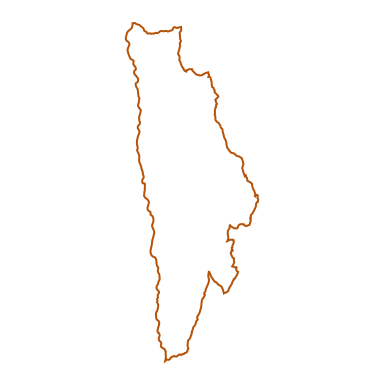 Boavita, Boyacá, Colombia (Natural Earth projection)
{"feature_id": "7082276B25149264338042", "entity_name": "Boavita", "entity_type": "district", "adm_level": 2, "iso_a3": "COL", "parent_name": "Colombia", "parent_adm1": "Boyacá", "projection": "natural_earth1", "projection_center": [-72.616, 6.332], "detail": "fine", "context": "isolated", "style": "outline", "palette": "amber", "viewbox_px": 384, "rotation_deg": 0, "n_neighbors": 0, "source": "geoboundaries", "source_scale": "gbopen_adm2", "svg_char_len": 5991}
<svg xmlns="http://www.w3.org/2000/svg" viewBox="0 0 384 384"><path d="M243.3,163.3L242.0,158.4L239.4,156.6L236.6,155.9L234.2,153.5L231.4,152.8L230.2,151.9L229.8,151.1L229.0,150.4L228.4,149.1L227.4,148.0L226.5,144.7L226.4,143.0L226.0,141.3L224.9,138.6L224.0,137.2L223.7,135.0L222.8,132.4L222.5,129.5L222.3,129.1L221.0,127.8L220.7,127.3L220.3,125.4L219.4,124.3L219.0,123.3L218.4,122.7L216.9,121.9L215.5,120.0L215.3,116.2L214.6,114.4L215.1,112.7L214.8,110.8L215.5,107.7L216.1,106.8L216.0,105.2L217.0,103.9L216.1,102.4L215.9,101.2L215.3,100.0L215.9,99.1L217.8,97.4L218.3,96.8L218.4,96.5L218.0,95.7L214.6,92.2L214.7,90.3L214.1,89.5L213.5,87.8L212.2,87.1L211.7,84.8L211.8,83.8L211.5,81.5L210.4,77.5L210.1,77.0L209.5,76.7L208.4,76.9L209.0,74.7L208.3,73.0L208.2,72.3L206.4,72.8L203.8,73.9L202.8,74.8L201.1,75.4L199.8,75.5L198.3,74.9L197.0,74.8L195.9,74.1L192.4,70.6L192.1,69.2L189.0,69.2L187.4,70.2L186.6,70.1L186.3,71.5L185.7,71.1L184.8,70.9L184.4,70.2L183.7,69.7L183.4,68.1L182.5,67.5L180.8,63.8L180.7,62.7L179.3,60.0L179.6,57.8L179.5,56.4L179.0,55.1L178.2,54.5L178.1,53.6L178.6,51.3L179.4,49.2L180.1,45.3L179.8,43.1L180.9,41.3L180.9,40.6L180.1,39.0L179.7,32.6L179.9,32.1L180.7,31.3L181.2,30.1L181.1,27.0L179.3,27.3L177.1,28.0L176.1,27.8L174.7,27.1L173.9,27.3L173.3,27.9L172.7,29.7L171.4,30.5L169.5,30.9L168.6,31.4L167.8,31.5L166.5,30.9L163.3,31.3L161.2,30.9L160.2,31.3L157.9,33.0L157.3,33.1L155.8,32.8L153.5,33.7L152.5,33.5L151.4,33.8L150.0,33.3L148.2,33.5L147.7,33.5L147.1,33.2L146.5,32.0L144.4,30.9L143.4,28.3L139.4,25.0L135.9,23.9L135.3,23.2L134.5,23.0L132.6,23.2L132.6,25.0L131.5,28.4L128.3,31.0L127.0,32.8L125.9,37.4L125.8,39.2L126.5,40.6L128.2,41.8L129.3,43.3L129.4,44.4L129.3,45.0L128.2,47.5L127.5,49.9L128.0,52.3L129.2,56.0L130.5,58.7L131.5,59.5L133.2,60.3L133.6,60.8L133.7,61.3L133.3,63.4L133.4,64.3L134.1,65.6L135.3,66.9L135.8,68.1L135.9,69.0L135.8,69.4L134.8,70.4L134.1,71.7L134.1,73.2L135.2,75.1L136.2,75.9L137.7,78.1L138.2,79.2L137.9,81.5L137.4,82.2L135.8,83.3L135.6,84.5L136.3,87.0L137.2,88.3L137.7,89.3L138.5,96.4L139.4,98.4L138.7,102.8L138.1,104.5L138.1,105.9L138.3,106.5L139.0,107.4L139.3,108.3L140.7,109.8L140.8,110.5L140.2,113.6L139.1,117.0L139.3,120.7L139.9,122.0L139.9,123.5L139.6,124.2L138.1,125.8L137.7,127.2L137.8,128.2L139.2,130.5L139.5,131.5L139.4,132.4L137.7,137.3L136.9,141.1L136.9,144.3L137.5,146.6L137.7,148.8L137.1,150.0L137.1,150.6L138.9,154.4L139.3,156.3L139.1,160.4L139.3,161.9L141.2,166.6L141.6,169.3L142.7,171.8L142.9,174.3L143.7,176.2L143.6,177.6L142.3,180.0L142.2,181.8L142.6,183.1L143.2,183.4L144.4,183.4L144.9,184.0L144.8,189.6L144.3,192.9L144.1,196.1L145.1,197.6L147.7,199.7L148.4,200.7L148.9,202.3L148.9,203.1L147.5,207.6L147.6,209.4L148.2,210.5L150.3,211.9L150.6,212.7L150.6,214.8L152.4,216.0L153.0,217.2L153.4,218.8L153.5,220.4L153.4,221.3L152.1,225.3L152.1,226.3L154.0,230.9L154.3,232.7L153.1,237.8L152.4,239.8L151.8,244.6L150.6,250.0L150.5,252.0L151.0,254.3L152.2,256.0L153.1,256.7L155.0,257.4L155.9,258.9L156.5,261.5L156.5,263.5L157.0,265.8L158.3,267.5L158.3,268.0L157.9,269.8L157.8,271.4L158.4,272.9L159.2,274.1L159.5,276.3L159.7,278.9L159.5,279.8L158.5,281.8L158.0,284.1L156.7,286.1L156.5,287.3L156.7,289.0L158.9,291.5L159.0,292.6L158.7,293.5L157.8,294.7L157.7,295.4L158.0,297.3L157.9,297.8L157.1,298.6L157.5,300.8L157.1,301.4L157.1,302.3L158.2,304.8L158.1,307.1L157.3,310.6L156.1,312.7L155.9,314.3L156.3,318.7L156.9,319.6L158.7,321.1L159.2,322.5L159.2,323.9L158.9,325.3L158.1,327.8L157.5,330.8L157.8,332.4L158.2,332.8L158.9,333.0L159.5,334.4L159.6,335.6L159.3,336.8L158.8,338.1L158.8,339.6L159.2,340.6L161.0,342.3L161.3,344.0L160.8,346.0L161.2,346.9L162.7,348.1L164.4,348.9L165.8,351.6L165.6,353.7L165.9,357.0L165.2,361.0L166.9,359.5L168.3,359.8L169.5,359.6L170.1,358.9L170.6,357.6L173.5,356.2L174.2,356.0L175.0,356.5L176.3,356.6L177.0,356.4L177.7,355.5L178.8,355.1L179.6,354.4L181.2,355.0L182.5,354.1L183.6,354.2L184.9,353.0L186.5,352.6L187.4,351.1L187.6,349.7L188.4,348.5L188.0,347.6L187.5,345.6L188.0,340.8L190.2,337.9L190.7,336.2L191.5,334.5L191.5,333.6L192.0,332.5L191.7,331.8L192.4,330.5L193.2,327.6L193.7,326.7L195.0,325.2L195.5,324.1L196.3,321.2L197.7,319.6L197.7,319.3L197.1,317.9L197.1,317.0L199.4,313.2L201.0,307.8L201.4,305.5L201.6,301.9L202.0,300.0L202.7,298.5L204.1,296.8L204.9,295.1L205.0,294.9L204.3,294.5L204.2,293.1L205.3,291.8L205.6,289.7L208.5,283.0L208.9,281.0L208.9,279.3L208.2,275.8L208.8,271.9L209.2,271.9L211.7,277.6L213.4,279.7L213.9,280.8L215.8,282.3L216.7,282.5L218.1,284.5L221.2,286.3L221.6,286.9L222.7,289.0L223.9,293.4L224.9,292.7L226.4,292.4L228.2,291.0L229.3,287.9L231.7,284.1L232.4,281.9L232.9,281.2L233.3,280.2L233.7,279.9L233.8,279.0L235.0,278.6L235.5,277.0L236.2,276.3L236.8,275.3L237.9,272.6L238.2,271.9L236.8,270.9L236.1,269.1L236.1,268.3L236.6,267.6L236.4,267.2L234.7,267.2L232.2,266.3L233.3,264.7L234.2,262.4L234.2,261.4L233.8,260.6L234.1,258.5L233.0,258.0L232.7,257.6L231.2,254.6L230.7,252.7L231.3,251.5L232.6,250.8L232.7,250.1L231.8,249.7L231.8,247.7L232.3,247.6L232.4,245.7L233.8,242.6L233.9,242.2L233.4,241.1L233.7,240.5L233.4,239.8L230.1,239.7L227.3,241.1L228.4,238.2L227.7,233.7L227.9,231.0L228.6,229.5L229.5,228.5L229.7,225.6L230.0,225.2L230.9,226.3L234.3,228.3L236.3,228.4L237.3,228.2L237.9,226.6L238.8,225.2L239.1,224.8L240.1,224.3L242.5,224.1L243.6,224.3L244.1,225.1L244.4,224.9L244.6,225.4L246.0,226.0L247.1,225.9L247.2,225.7L249.6,224.8L250.2,222.2L250.4,222.2L250.8,219.9L250.8,219.6L250.6,219.5L250.1,218.4L250.2,218.0L250.9,217.6L250.7,216.5L250.8,215.2L252.3,213.6L254.3,210.1L254.4,209.4L254.6,209.3L255.1,208.4L256.1,205.5L256.0,204.3L256.3,203.3L256.9,202.8L257.2,201.9L257.9,201.7L258.2,199.2L257.4,197.7L257.8,196.0L257.6,195.2L255.9,194.7L255.5,195.3L255.2,196.3L254.8,196.0L255.1,195.3L255.2,193.5L254.7,192.5L254.3,190.8L253.5,189.9L252.2,186.0L252.0,183.8L251.2,183.2L250.6,182.4L247.4,180.8L247.4,180.2L246.9,179.0L247.0,177.9L245.9,176.6L245.9,175.2L245.6,175.1L245.0,176.1L243.7,173.2L242.2,168.0L243.4,164.2L243.3,163.3Z" fill="none" stroke="#b45309" stroke-width="2"/></svg>